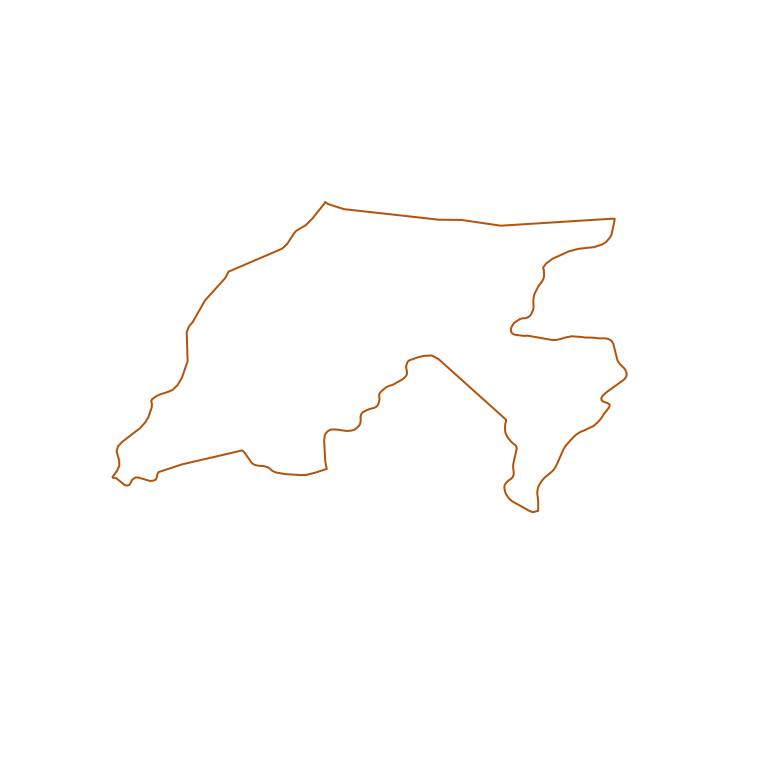 outline of Thiès, rotated 60°
{"feature_id": "SEN-768", "entity_name": "Thiès", "entity_type": "Region", "adm_level": 1, "iso_a3": "SEN", "parent_name": "Senegal", "parent_adm1": "", "projection": "natural_earth1", "projection_center": [-16.596, 14.801], "detail": "fine", "context": "isolated", "style": "outline", "palette": "amber", "viewbox_px": 768, "rotation_deg": 60, "n_neighbors": 0, "source": "natural_earth", "source_scale": "10m", "svg_char_len": 3417}
<svg xmlns="http://www.w3.org/2000/svg" viewBox="0 0 768 768"><g transform="rotate(60 384 384)"><path d="M197.1,344.0L200.3,342.4L212.6,331.2L269.2,254.3L280.5,235.1L305.3,203.7L354.9,103.8L356.2,101.7L358.0,102.9L368.7,112.6L370.3,115.6L372.0,120.5L372.2,122.7L372.2,125.5L370.5,133.6L364.1,148.1L361.5,157.8L359.8,175.4L360.7,183.4L362.8,188.0L365.7,188.8L369.9,191.0L372.0,192.6L373.3,194.3L374.3,196.2L376.6,201.5L380.9,208.1L382.2,209.6L383.5,210.8L386.6,213.1L392.3,216.1L394.4,217.8L396.8,221.1L397.8,223.2L398.2,225.5L398.0,227.3L397.5,229.0L396.7,230.6L396.2,231.9L395.7,233.7L396.1,240.5L397.8,244.1L399.3,246.2L401.1,247.4L402.9,247.8L404.7,247.6L406.2,246.5L407.5,245.1L412.2,238.9L414.0,235.4L430.1,216.2L432.0,212.7L433.3,208.6L434.3,204.1L436.4,197.8L441.9,189.6L444.3,186.6L448.3,179.9L451.8,175.2L454.8,170.1L455.9,168.5L457.3,167.1L458.9,166.0L461.1,165.3L463.8,165.3L480.6,170.1L484.8,169.7L490.2,168.2L492.2,168.0L495.6,168.3L497.5,169.4L499.1,171.0L499.8,172.7L500.3,174.9L502.3,194.8L503.4,200.2L504.7,202.6L506.3,203.6L508.1,203.4L509.5,202.4L512.6,199.8L514.6,198.9L516.0,199.8L517.1,201.3L520.2,209.3L521.2,210.9L522.6,213.7L524.0,217.9L525.1,223.6L524.3,234.3L523.9,236.0L523.7,239.6L524.0,243.1L524.9,247.2L528.3,257.5L530.2,261.1L540.7,275.4L542.6,278.8L543.4,280.9L544.0,283.2L545.2,290.7L546.0,293.7L547.2,296.7L549.6,301.0L551.5,303.1L553.4,304.7L555.0,305.8L563.1,309.3L570.9,313.9L569.5,319.2L566.5,321.6L549.4,331.8L545.3,333.1L540.5,333.4L537.5,332.9L535.2,332.1L533.3,331.2L531.9,329.9L530.9,328.2L530.2,326.2L529.8,323.9L529.7,321.5L529.0,319.2L527.7,317.3L525.4,315.9L519.5,313.2L518.0,312.1L506.0,301.1L504.2,300.6L502.9,300.6L502.3,300.8L502.0,300.9L501.9,301.0L501.5,301.3L500.0,302.0L497.2,302.8L492.1,303.6L488.9,303.5L486.4,303.0L483.2,301.6L479.0,298.8L478.2,297.8L477.2,296.9L475.8,296.2L390.0,324.2L383.3,328.3L380.0,334.4L377.9,340.9L376.2,350.2L376.5,352.1L377.2,353.3L379.2,355.5L380.7,356.6L383.9,357.6L385.7,358.4L387.2,359.5L388.2,361.2L388.8,363.4L389.2,365.9L389.1,376.4L388.2,380.8L387.9,383.1L388.6,388.0L389.1,390.4L389.9,392.5L391.2,393.8L394.7,395.4L396.2,396.6L397.6,397.9L398.8,399.4L399.6,401.1L399.9,403.0L399.6,404.9L398.4,409.4L398.0,412.7L397.8,416.3L398.4,418.2L399.5,419.7L401.0,420.9L404.4,422.7L405.9,423.9L407.1,425.4L407.9,427.4L408.5,429.7L408.8,432.3L407.9,435.9L406.0,439.9L400.8,446.4L398.3,450.1L396.8,453.1L396.7,455.5L397.1,457.8L398.0,459.8L399.2,461.2L403.4,464.3L421.3,473.4L428.9,476.1L426.2,488.7L423.7,497.2L421.8,500.8L412.5,514.8L406.6,521.8L403.5,524.1L399.7,525.4L398.0,526.3L395.2,528.9L391.8,533.8L390.5,535.3L389.1,536.6L387.3,537.6L385.2,538.1L373.5,539.1L371.8,539.6L370.5,540.3L352.6,599.2L347.6,623.2L348.6,625.0L349.9,626.4L351.5,627.7L352.6,629.3L352.5,631.8L351.0,635.1L341.8,643.9L340.8,645.9L340.9,649.4L341.9,651.4L343.1,653.2L344.0,654.9L343.6,657.1L341.9,659.1L331.9,662.9L329.1,666.2L329.1,666.3L325.7,658.6L322.5,654.1L317.8,651.6L308.6,649.2L305.0,645.6L303.2,639.6L300.2,617.1L297.8,609.9L295.0,604.7L288.2,596.9L285.1,594.9L282.8,594.4L281.2,592.6L280.7,587.2L281.1,582.9L282.9,574.7L283.4,569.9L281.6,563.0L277.3,555.6L266.1,542.7L240.6,529.0L236.7,524.2L234.7,518.7L222.1,497.1L212.8,468.4L209.0,462.5L209.0,462.4L209.0,462.2L215.8,405.2L215.3,401.4L214.2,397.6L208.6,386.8L207.4,383.0L207.3,373.2L207.0,370.9L204.9,363.3L197.6,344.6L197.1,344.0Z" fill="none" stroke="#b45309" stroke-width="2"/></g></svg>